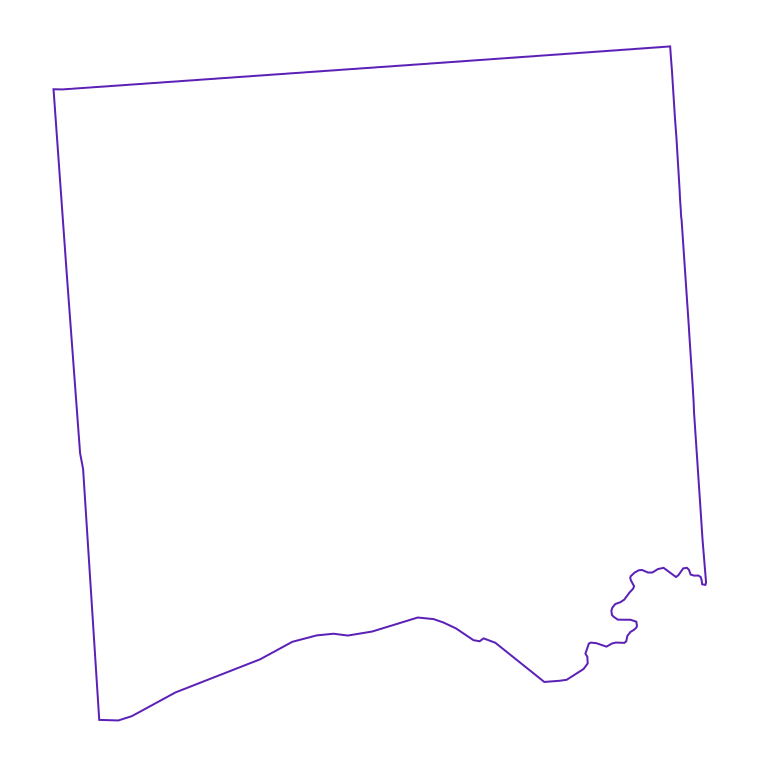 Douglas, Wisconsin, United States of America, rotated 176°
{"feature_id": "52423323B97488496656335", "entity_name": "Douglas", "entity_type": "district", "adm_level": 2, "iso_a3": "USA", "parent_name": "United States of America", "parent_adm1": "Wisconsin", "projection": "natural_earth1", "projection_center": [-92.121, 46.457], "detail": "fine", "context": "isolated", "style": "outline", "palette": "violet", "viewbox_px": 768, "rotation_deg": 176, "n_neighbors": 0, "source": "geoboundaries", "source_scale": "gbopen_adm2", "svg_char_len": 1370}
<svg xmlns="http://www.w3.org/2000/svg" viewBox="0 0 768 768"><g transform="rotate(176 384 384)"><path d="M76.6,166.3L77.1,206.8L77.0,228.2L76.7,334.5L76.4,343.4L76.2,361.1L76.0,410.5L75.9,422.3L75.9,426.1L75.7,526.9L75.9,529.6L75.9,534.5L75.8,535.5L75.8,542.5L75.8,545.4L75.7,552.1L75.6,555.1L75.1,609.1L75.2,629.7L74.9,676.8L75.0,690.8L75.0,700.8L278.2,700.5L684.5,700.3L693.1,701.1L692.8,517.2L692.0,336.2L690.1,320.1L691.5,68.8L672.5,66.9L658.9,70.2L613.5,90.9L538.7,114.3L527.0,117.9L493.5,133.2L468.7,137.9L451.8,138.4L437.6,135.6L413.1,137.9L366.6,148.7L350.9,146.0L341.3,141.9L329.3,135.2L312.6,122.2L306.5,120.7L302.4,123.3L291.0,118.1L244.9,75.6L229.4,75.7L222.4,76.2L204.8,85.8L200.3,91.0L200.2,97.8L201.9,100.9L197.8,110.7L195.8,111.6L190.4,110.7L180.4,106.5L174.5,109.3L170.7,109.9L162.3,109.0L160.3,110.4L158.8,115.7L155.4,119.5L151.9,121.3L149.3,123.3L148.5,124.9L148.9,129.3L154.4,131.6L167.2,132.6L171.5,136.1L172.7,137.8L173.0,142.0L171.8,145.0L168.6,148.4L163.5,149.8L159.4,152.1L153.6,158.9L149.8,162.4L148.6,164.8L151.4,170.9L151.9,173.3L151.3,175.0L147.3,178.3L142.9,180.4L139.6,180.5L133.7,177.5L129.5,177.2L123.6,180.3L117.9,181.1L106.2,171.1L103.6,172.8L98.4,179.2L94.6,179.5L92.7,177.3L91.4,172.5L88.0,171.2L83.7,171.0L81.6,169.4L80.9,166.8L80.6,162.0L77.4,161.2L76.6,163.4L76.6,166.3Z" fill="none" stroke="#5b21b6" stroke-width="2"/></g></svg>